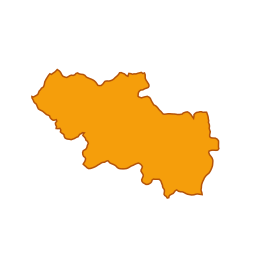 the district of Campos Altos, Minas Gerais, Brazil, rotated 122°
{"feature_id": "56859067B3619402154228", "entity_name": "Campos Altos", "entity_type": "district", "adm_level": 2, "iso_a3": "BRA", "parent_name": "Brazil", "parent_adm1": "Minas Gerais", "projection": "robinson", "projection_center": [-46.195, -19.611], "detail": "fine", "context": "isolated", "style": "filled", "palette": "amber", "viewbox_px": 256, "rotation_deg": 122, "n_neighbors": 0, "source": "geoboundaries", "source_scale": "gbopen_adm2", "svg_char_len": 4262}
<svg xmlns="http://www.w3.org/2000/svg" viewBox="0 0 256 256"><g transform="rotate(122 128 128)"><path d="M157.7,94.1L158.8,91.9L159.5,90.5L160.7,89.6L162.7,89.3L164.8,88.9L165.9,87.8L166.4,86.3L166.3,82.8L165.1,81.1L163.6,80.2L162.4,79.7L161.1,79.5L159.5,80.0L157.9,79.4L157.1,77.8L156.0,76.1L154.9,74.2L155.6,71.9L157.1,70.1L158.2,68.5L159.5,67.5L160.3,66.3L160.9,64.7L162.1,63.7L163.6,63.0L165.1,62.3L165.7,61.1L165.8,59.3L166.6,57.6L165.5,56.5L164.0,57.1L162.7,56.9L161.4,56.2L159.5,55.0L157.7,54.8L156.2,54.7L154.7,53.9L154.9,51.6L154.2,49.6L153.3,48.1L153.0,46.1L152.9,44.1L152.6,42.4L151.9,40.6L151.1,38.6L149.7,36.7L148.0,35.2L147.1,34.1L146.3,32.2L145.2,29.8L143.5,31.3L142.5,32.7L141.2,33.6L140.0,34.0L138.8,34.7L136.9,35.6L134.8,36.1L133.2,36.4L131.6,36.5L130.0,36.8L128.4,36.7L126.7,36.5L124.8,35.9L123.1,35.4L120.5,35.4L119.1,35.6L117.6,35.8L115.4,36.3L113.7,37.1L112.2,37.9L110.9,38.6L109.8,39.6L108.8,41.0L108.1,42.8L107.4,44.7L106.1,46.5L104.7,47.0L103.5,46.2L102.4,45.1L101.3,43.4L100.3,41.5L99.2,40.2L97.4,40.0L96.3,41.1L95.2,41.8L93.7,42.7L92.5,43.4L91.0,44.4L90.2,46.4L90.3,48.5L91.3,50.3L92.3,52.3L92.1,54.1L90.6,55.1L89.0,55.7L87.5,56.3L86.4,57.7L85.1,59.1L83.9,59.5L82.4,60.5L81.4,61.7L80.5,62.9L79.2,63.3L77.7,64.7L76.2,65.9L75.0,67.2L74.1,68.3L73.0,69.7L74.1,71.5L75.0,72.8L75.3,74.3L76.0,75.5L77.1,76.5L78.6,78.2L80.4,78.9L81.7,79.1L82.9,78.4L85.1,77.5L84.4,79.4L83.6,80.9L83.0,82.9L82.7,84.6L82.9,86.3L84.2,87.7L86.0,89.1L87.6,89.5L89.2,91.4L90.3,93.1L90.9,94.6L91.7,96.3L92.7,98.0L93.7,100.0L94.8,101.7L95.8,102.9L96.8,104.1L97.5,105.5L97.1,107.1L96.5,108.8L96.3,110.2L95.9,111.6L95.1,113.6L94.6,115.5L94.6,117.1L94.7,118.6L93.8,120.2L93.0,121.8L92.2,123.1L91.3,124.4L90.7,125.9L90.9,128.4L92.7,130.3L93.9,131.4L95.3,132.5L95.9,135.0L95.7,136.4L94.3,137.1L92.9,137.8L91.3,138.0L89.2,137.4L87.7,135.6L85.8,134.6L84.2,133.2L82.8,132.3L81.3,132.4L80.0,133.5L79.3,135.0L78.5,136.6L77.9,138.0L76.8,139.6L75.4,140.6L73.8,141.6L72.6,143.2L73.9,144.2L73.8,146.2L75.1,147.4L76.2,148.5L77.9,149.9L79.0,151.7L80.0,152.6L80.4,154.4L81.2,156.2L82.8,155.9L84.2,155.5L84.4,157.2L84.0,159.7L84.4,161.5L84.6,163.1L85.6,164.4L87.7,164.4L89.9,164.9L92.1,165.6L93.9,166.0L95.4,166.6L96.8,167.6L98.3,169.0L99.2,170.7L100.5,172.2L102.2,172.5L103.5,172.5L104.8,172.9L106.0,173.1L107.1,174.5L107.8,176.1L107.0,177.8L106.3,179.5L105.9,181.2L105.8,182.8L106.0,184.8L106.5,187.3L106.9,190.2L106.2,192.6L106.4,194.4L107.4,196.5L108.0,198.2L108.0,199.9L109.3,201.0L111.1,201.3L112.5,202.4L113.2,204.0L114.4,205.0L116.0,205.8L117.6,206.7L118.2,208.3L118.6,210.5L118.0,212.3L117.2,213.6L116.5,214.8L116.0,216.5L115.9,219.0L117.6,219.3L119.5,219.8L121.4,220.7L123.2,221.4L123.4,223.0L124.7,223.2L126.2,223.3L127.6,223.3L130.2,223.3L133.0,223.0L134.8,222.3L136.2,221.8L137.8,221.5L139.0,221.9L140.1,222.5L141.9,222.5L143.7,222.9L145.4,222.6L147.0,222.3L148.8,222.9L150.2,223.7L151.8,224.6L152.2,226.2L153.4,225.3L154.4,223.4L155.7,221.7L156.2,220.1L156.3,218.6L157.1,217.3L158.2,215.9L159.3,214.1L159.3,212.2L159.0,209.3L159.4,206.6L159.8,204.3L159.4,202.4L159.3,200.9L160.5,199.5L161.1,197.6L161.1,195.6L160.2,194.4L158.9,193.2L159.9,192.0L162.3,192.2L163.6,191.1L164.5,189.5L166.5,188.7L165.7,187.0L164.4,185.6L165.3,183.9L167.1,183.3L167.4,181.5L167.5,179.0L169.1,177.4L169.9,175.8L169.6,173.8L168.6,171.7L168.0,170.0L166.6,168.9L165.4,167.9L164.2,167.3L163.1,166.7L161.9,165.7L160.5,165.7L158.9,165.6L157.5,164.6L156.1,164.2L155.3,162.5L156.8,162.7L158.3,162.3L158.6,160.7L159.3,158.7L160.6,157.2L160.8,155.2L162.1,153.5L164.1,153.3L165.6,152.8L166.8,152.5L168.4,152.6L169.6,153.2L171.0,153.9L172.8,153.5L174.5,152.2L175.6,150.6L175.7,149.0L176.4,147.8L177.7,147.2L179.2,146.9L180.9,146.9L182.4,146.9L182.8,145.1L183.0,143.4L183.4,141.7L183.3,139.9L182.4,138.6L181.2,137.5L179.7,136.3L177.9,135.1L176.5,134.4L175.1,133.8L173.9,133.1L172.6,132.5L171.2,131.8L170.3,130.9L169.4,129.7L167.6,128.8L166.4,127.7L166.8,126.2L167.2,124.7L167.0,123.2L166.7,121.5L166.5,119.6L166.6,118.1L167.2,116.0L167.1,114.1L166.4,112.5L165.6,111.1L164.5,109.4L163.1,107.7L161.7,106.7L160.3,106.0L158.5,105.1L156.9,103.9L155.5,103.1L153.8,102.0L152.2,100.6L152.0,98.8L152.3,97.0L153.2,95.3L155.0,94.8L156.6,94.7L157.7,94.1Z" fill="#f59e0b" stroke="#b45309" stroke-width="1.5"/></g></svg>